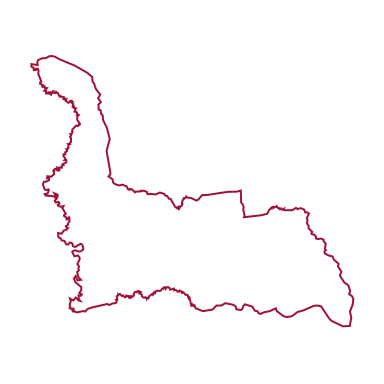 Phrasaeng, Surat Thani, Thailand, rotated 173°
{"feature_id": "78962969B2036250841951", "entity_name": "Phrasaeng", "entity_type": "district", "adm_level": 2, "iso_a3": "THA", "parent_name": "Thailand", "parent_adm1": "Surat Thani", "projection": "mercator", "projection_center": [99.157, 8.509], "detail": "fine", "context": "isolated", "style": "outline", "palette": "rose", "viewbox_px": 384, "rotation_deg": 173, "n_neighbors": 0, "source": "geoboundaries", "source_scale": "gbopen_adm2", "svg_char_len": 5967}
<svg xmlns="http://www.w3.org/2000/svg" viewBox="0 0 384 384"><g transform="rotate(173 192 192)"><path d="M273.8,296.6L271.2,299.9L274.9,306.1L276.0,311.7L277.3,313.8L277.0,318.3L281.2,322.9L293.1,331.8L306.6,339.4L311.6,343.0L314.9,344.2L317.7,344.0L320.5,342.7L324.5,343.0L328.7,341.7L329.8,339.4L329.7,336.8L335.8,338.5L336.1,335.9L334.2,334.8L334.2,332.2L332.6,332.1L332.6,332.9L331.7,332.5L331.3,333.4L330.0,333.1L329.5,331.1L330.2,328.0L328.1,319.9L329.5,319.2L329.6,318.0L327.1,316.4L328.0,315.2L327.4,314.5L325.5,314.9L325.5,313.4L323.4,312.8L326.2,310.4L324.5,310.0L324.8,307.5L323.6,307.4L321.8,309.0L322.6,307.6L320.2,305.9L320.1,308.1L318.8,307.3L318.1,308.9L317.2,309.0L317.3,307.5L315.3,306.7L314.7,308.0L313.2,306.7L311.9,302.9L310.8,303.3L310.6,302.6L307.7,301.8L308.2,300.1L307.1,300.3L307.3,299.3L306.6,298.8L305.5,299.3L306.1,297.8L303.9,295.6L301.9,296.6L301.3,296.1L301.6,297.2L300.5,297.2L300.8,296.4L299.6,296.0L301.1,294.8L300.0,295.1L299.1,293.7L300.0,291.6L299.0,291.4L299.7,290.6L297.3,289.4L298.3,288.9L297.7,287.4L298.8,286.1L296.9,285.3L296.3,283.9L297.0,282.8L295.1,282.2L296.7,280.7L297.2,277.7L295.0,273.6L295.9,273.1L295.4,272.4L297.5,271.3L298.9,272.1L303.1,268.6L303.7,266.9L303.2,266.0L304.7,264.1L305.6,264.3L305.0,262.9L306.4,261.6L305.5,260.3L306.0,256.5L307.4,255.4L307.2,254.4L309.2,254.6L308.6,253.6L309.6,251.7L309.2,251.1L310.5,249.5L311.5,249.8L311.1,247.7L313.1,246.8L313.1,244.8L315.0,245.0L315.1,243.2L313.5,240.0L314.5,239.3L312.9,239.0L313.2,236.6L316.8,235.5L316.3,234.4L317.7,234.3L318.3,232.0L319.6,232.7L320.4,231.7L322.2,232.5L320.9,230.0L321.4,229.4L323.5,230.1L323.9,231.7L325.9,231.3L326.6,230.5L326.2,229.6L327.0,229.4L326.5,226.7L329.9,224.3L333.6,225.3L334.2,223.3L332.3,223.5L332.5,221.1L336.4,219.9L337.7,220.2L339.1,217.7L337.9,212.4L336.5,211.7L334.2,212.1L333.9,211.3L335.5,208.1L338.5,207.9L337.8,206.3L330.0,204.7L328.5,203.3L327.6,204.5L328.8,207.5L325.8,205.8L325.7,204.5L327.6,201.4L329.2,200.3L329.1,199.0L328.3,198.1L326.1,198.6L325.0,197.6L325.0,196.5L326.8,195.6L326.5,194.6L324.0,193.3L321.3,193.7L322.6,191.7L319.9,185.8L321.8,184.7L321.8,183.6L319.6,181.9L319.9,180.1L318.2,180.0L317.2,181.8L316.8,181.2L317.1,177.8L318.7,176.2L319.1,174.5L321.4,173.5L320.9,172.0L319.5,171.3L321.6,169.7L324.1,169.3L326.4,166.5L329.9,167.6L330.1,163.3L328.2,162.1L327.3,159.9L324.7,159.0L323.1,155.3L321.1,155.1L319.6,156.7L318.4,156.5L317.1,155.5L316.7,152.6L314.6,151.7L308.9,154.2L307.5,153.2L306.8,150.7L307.0,148.1L309.8,146.7L311.8,146.7L314.7,148.3L316.9,148.1L318.2,147.0L316.5,142.5L313.0,142.9L311.5,140.5L312.0,138.3L314.6,134.5L313.2,131.8L314.2,129.6L313.8,128.1L315.8,126.5L315.1,121.3L312.9,118.4L316.5,118.3L317.7,122.7L319.8,120.6L318.7,116.6L313.5,111.2L313.9,108.0L316.2,105.4L313.8,103.7L314.8,102.6L317.2,103.1L317.4,99.4L316.2,97.5L317.8,98.2L320.2,101.4L323.0,98.8L326.1,101.1L325.6,98.4L327.1,95.3L326.8,92.7L327.7,91.9L326.3,90.7L323.9,90.8L323.8,89.4L325.1,88.7L324.4,87.7L322.7,87.7L321.1,86.5L314.5,87.1L312.5,86.4L309.7,88.8L304.3,89.7L289.8,91.2L287.9,89.9L284.3,91.1L281.7,91.0L280.7,91.5L279.9,93.5L280.4,94.1L279.2,94.2L279.5,97.7L278.0,98.2L277.8,99.7L277.0,99.1L276.0,99.6L274.3,97.3L273.0,97.7L271.6,95.7L268.9,96.4L269.3,97.0L267.7,96.6L267.5,95.3L266.3,96.3L267.0,95.1L266.3,94.6L265.5,96.2L264.2,95.7L264.5,95.1L262.3,96.3L262.4,97.6L261.0,99.6L257.5,100.2L257.8,99.6L256.9,99.9L256.8,99.1L256.5,99.6L254.8,98.7L255.7,97.3L254.4,96.2L254.3,94.2L252.9,93.1L250.9,93.2L250.8,92.3L249.5,92.3L249.6,91.6L248.8,92.4L248.2,91.9L247.1,93.8L244.1,95.6L243.4,94.7L242.7,96.3L241.2,95.9L241.2,97.4L240.5,97.1L239.4,98.2L235.1,97.8L233.1,99.9L232.2,99.5L231.5,100.7L230.6,100.7L230.0,99.3L229.6,100.3L229.2,99.9L227.6,100.7L226.1,99.5L225.7,97.7L221.7,98.3L221.7,96.6L220.0,96.7L218.2,94.8L216.6,95.6L216.6,94.7L214.8,94.9L214.0,94.3L214.2,93.1L212.7,93.4L210.9,90.7L209.0,90.4L208.5,87.7L207.8,88.2L207.1,87.2L207.8,85.8L207.1,85.3L206.6,79.8L205.7,80.4L205.7,79.1L204.6,79.5L204.3,78.7L203.3,79.2L202.7,76.2L195.7,72.4L185.8,72.8L181.6,76.3L176.5,75.8L172.5,77.6L164.5,74.9L162.5,72.8L162.3,70.2L157.8,68.9L156.4,69.5L155.3,72.3L153.2,74.1L146.2,70.9L144.1,66.5L141.6,65.7L140.9,63.8L139.2,62.6L134.9,63.9L129.7,64.2L123.0,66.3L122.5,63.7L116.3,57.5L113.1,56.3L107.9,56.6L101.7,60.1L96.3,60.8L84.9,64.2L81.4,64.0L77.8,62.8L71.4,49.9L69.1,47.0L58.6,40.3L51.7,39.8L49.2,47.9L49.8,54.0L46.1,61.0L44.9,66.4L46.1,69.4L48.5,71.4L47.1,74.6L48.2,80.3L51.9,83.7L55.4,91.1L53.4,94.6L56.2,100.3L55.3,102.9L59.3,107.4L60.3,110.8L64.6,112.6L67.8,115.0L67.8,117.0L66.2,118.0L67.0,119.3L65.6,124.6L67.4,127.1L67.2,128.7L69.8,130.1L72.6,129.9L74.6,130.8L74.4,132.3L75.6,134.6L78.3,135.6L78.6,136.4L77.5,137.7L80.7,141.6L80.4,144.2L81.7,147.1L80.8,149.9L81.2,152.1L78.5,156.5L80.7,158.0L82.1,157.9L82.8,160.8L85.3,162.4L87.2,162.7L89.2,162.0L90.7,163.6L94.6,161.7L102.3,162.6L103.2,163.3L102.9,164.0L104.1,163.3L105.5,163.9L105.3,164.5L107.1,164.3L106.9,165.2L108.7,165.7L109.6,167.5L110.4,166.2L110.3,167.0L112.5,167.3L112.9,166.4L113.8,167.3L115.1,166.7L115.0,165.8L116.0,166.0L118.0,164.4L119.8,161.3L125.6,160.5L143.5,160.6L142.6,162.7L143.3,167.9L142.6,170.6L143.2,173.6L144.5,175.6L143.4,187.5L147.4,186.9L156.6,187.8L177.2,187.2L182.4,187.7L186.6,183.7L188.8,183.0L193.4,186.0L197.6,187.1L198.3,188.3L199.4,187.0L201.0,186.9L201.1,185.7L202.4,185.0L203.4,182.3L202.9,181.3L204.1,179.5L207.4,178.9L206.1,178.0L207.2,176.5L210.4,179.1L214.1,187.7L215.7,188.2L217.2,191.1L218.8,191.6L219.8,193.5L224.0,195.4L228.3,194.0L234.3,195.4L235.6,195.0L236.5,195.5L236.8,197.7L240.0,199.3L242.0,198.9L242.6,199.6L243.3,198.9L247.6,199.2L248.7,198.6L251.3,202.0L253.3,202.6L253.7,201.7L255.2,202.5L256.2,205.6L260.3,207.8L263.5,207.4L267.3,209.1L269.0,210.8L269.4,214.5L273.0,217.6L270.9,219.5L270.7,222.8L271.8,243.2L267.2,254.6L268.7,266.3L271.5,274.2L271.3,279.1L272.7,280.6L272.7,284.2L274.6,285.2L274.2,290.2L271.5,292.3L273.8,296.6Z" fill="none" stroke="#9f1239" stroke-width="2"/></g></svg>